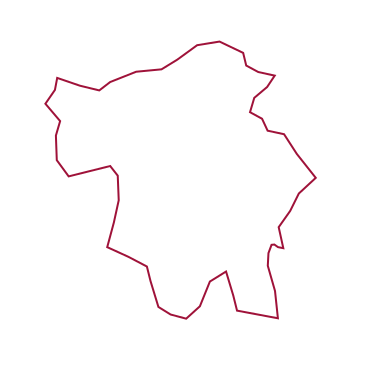 outline of Priština, rotated 76°
{"feature_id": "KOS-5902", "entity_name": "Priština", "entity_type": "District", "adm_level": 1, "iso_a3": "XKX", "parent_name": "Kosovo", "parent_adm1": "", "projection": "albers", "projection_center": [21.268, 42.679], "detail": "fine", "context": "isolated", "style": "outline", "palette": "rose", "viewbox_px": 384, "rotation_deg": 76, "n_neighbors": 0, "source": "natural_earth", "source_scale": "10m", "svg_char_len": 826}
<svg xmlns="http://www.w3.org/2000/svg" viewBox="0 0 384 384"><g transform="rotate(76 192 192)"><path d="M268.6,117.0L266.3,121.9L262.9,124.8L262.5,127.6L269.8,132.6L281.9,136.3L290.8,136.0L308.1,135.4L335.3,139.2L318.0,177.0L302.5,177.0L277.4,178.2L283.2,196.3L304.8,212.0L313.5,228.3L305.7,242.4L295.4,252.4L268.4,253.8L253.4,253.8L239.6,269.3L225.0,287.6L202.7,275.2L182.3,265.1L158.2,260.1L147.0,265.1L147.0,287.8L147.0,307.9L128.4,315.5L104.3,310.4L91.3,302.8L70.9,312.9L59.8,300.3L48.7,295.2L61.7,275.1L71.0,257.4L65.5,244.8L61.8,217.1L65.6,191.9L60.0,174.2L50.8,151.5L52.7,128.9L69.4,108.7L82.4,108.8L91.6,98.7L99.1,83.6L108.3,93.7L115.7,108.8L128.6,116.4L137.9,106.3L150.8,103.8L158.2,88.7L180.4,81.1L208.2,68.5L219.3,88.7L234.1,101.3L247.1,116.4L268.6,117.0Z" fill="none" stroke="#9f1239" stroke-width="2"/></g></svg>